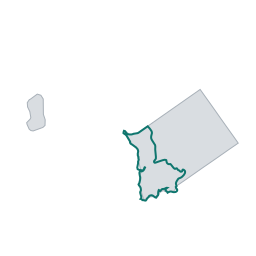 where Litoral sits in Equatorial Guinea, rotated 325°
{"feature_id": "GNQ-1470", "entity_name": "Litoral", "entity_type": "Province", "adm_level": 1, "iso_a3": "GNQ", "parent_name": "Equatorial Guinea", "parent_adm1": "", "projection": "orthographic", "projection_center": [9.856, 1.633], "detail": "fine", "context": "in_parent", "style": "outline", "palette": "teal", "viewbox_px": 256, "rotation_deg": 325, "n_neighbors": 0, "source": "natural_earth", "source_scale": "10m", "svg_char_len": 3672}
<svg xmlns="http://www.w3.org/2000/svg" viewBox="0 0 256 256"><g transform="rotate(325 128 128)"><path d="M209.2,137.8L209.3,150.8L209.4,161.8L209.4,173.8L209.5,186.2L209.6,196.7L209.6,203.6L198.1,203.5L182.8,203.5L167.5,203.4L152.2,203.4L144.5,203.4L136.0,203.3L133.3,203.7L131.4,205.4L129.2,205.8L126.6,204.3L123.4,203.6L122.5,202.1L120.9,199.4L117.8,199.1L116.2,199.4L113.9,200.9L111.4,201.8L111.9,200.5L106.8,197.1L103.2,196.8L99.8,195.7L102.6,186.9L105.9,179.0L111.0,173.1L113.7,171.7L114.6,168.8L118.6,159.1L123.6,151.3L122.0,143.4L123.2,130.1L124.6,130.5L124.9,131.7L125.2,133.6L127.1,135.2L133.3,137.8L151.7,137.8L162.7,137.8L178.9,137.8L196.1,137.8L209.2,137.8ZM63.3,48.2L64.7,48.4L73.1,48.2L75.4,51.2L75.2,55.6L66.5,68.3L64.9,73.7L61.5,78.3L58.6,78.7L48.6,76.0L47.0,74.4L46.4,72.2L47.4,67.1L48.1,65.5L52.9,64.6L54.4,63.7L57.0,58.2L57.8,53.2L60.0,49.5L63.3,48.2Z" fill="#d9dde1" stroke="#a8b0b8" stroke-width="1"/><path d="M123.1,128.0L123.8,128.9L123.8,130.0L123.7,131.2L123.8,132.3L124.5,133.2L125.8,134.4L127.2,135.3L128.2,135.7L129.2,135.9L132.8,137.7L133.9,137.9L141.5,137.9L145.1,137.9L145.5,141.0L145.5,143.7L145.3,144.7L145.0,145.4L144.6,146.0L142.4,147.9L141.9,148.5L141.2,149.5L140.9,150.4L140.7,151.4L140.4,157.5L139.9,158.6L137.9,161.3L134.4,167.5L133.4,168.9L132.6,169.4L131.6,169.7L130.6,170.0L130.1,170.4L129.8,171.1L129.9,171.6L130.1,171.9L130.5,172.1L134.4,173.2L138.0,174.3L139.7,175.0L140.7,175.9L140.9,176.2L140.9,176.4L140.5,177.1L140.0,178.4L139.9,179.1L140.0,179.8L140.4,180.7L140.9,181.2L142.0,181.8L142.2,182.4L142.4,186.1L142.5,187.0L142.8,188.1L143.3,188.5L143.8,188.7L144.4,188.7L144.8,189.0L144.9,189.6L144.9,190.2L144.9,191.0L145.1,191.4L145.4,191.8L145.6,192.3L145.9,193.7L146.2,194.1L146.8,194.4L147.4,194.5L147.8,194.3L148.2,193.9L148.6,193.6L148.9,193.5L149.4,193.8L149.7,194.3L149.9,195.0L150.0,195.7L149.8,196.4L149.3,197.1L148.6,197.7L147.7,198.1L146.8,198.5L144.7,198.9L143.6,199.0L142.8,198.9L142.1,198.8L140.9,198.5L140.4,198.4L139.9,198.5L139.2,198.7L138.9,198.9L137.6,199.4L136.3,200.1L136.0,200.4L135.6,200.7L135.3,201.2L134.8,202.3L134.4,203.5L133.3,203.7L133.0,204.6L133.0,206.2L132.8,207.0L132.2,207.6L131.3,207.8L130.3,207.7L129.3,207.2L128.3,206.5L126.9,204.8L126.0,204.2L125.1,203.9L123.4,203.7L123.5,203.4L123.4,202.4L123.0,201.0L123.1,200.3L123.5,199.9L124.3,199.7L125.1,199.5L125.8,199.5L125.5,199.2L124.8,199.0L124.0,198.8L123.3,198.8L122.7,198.6L121.3,197.8L120.6,197.6L118.3,198.1L117.7,197.9L117.5,197.4L117.7,196.8L118.2,196.3L118.5,196.1L117.5,196.5L116.2,197.6L115.1,198.9L114.7,199.7L114.3,200.1L112.4,200.6L111.0,201.1L110.5,200.5L109.6,197.8L109.2,197.1L108.6,196.5L107.7,196.1L106.6,195.8L105.9,196.0L105.2,196.3L103.4,196.6L101.8,197.4L100.9,197.6L100.4,197.3L99.1,195.8L98.4,195.3L98.5,194.7L98.4,194.3L97.6,193.3L98.5,193.0L99.2,192.3L99.6,191.5L100.6,188.6L101.1,187.6L101.7,187.1L102.6,186.7L103.4,185.6L104.0,184.3L104.2,183.3L104.1,181.1L104.3,180.2L105.9,179.5L108.1,177.5L109.1,176.3L109.2,176.2L109.4,175.9L109.6,175.6L109.9,175.2L110.0,174.6L110.7,173.0L111.6,171.3L112.7,170.4L113.5,170.7L114.2,171.3L115.2,171.7L116.7,171.5L117.8,171.0L118.8,170.4L120.0,169.8L118.9,169.8L116.6,171.4L115.6,171.1L113.2,168.8L112.3,167.3L112.9,165.7L116.2,162.5L116.3,162.3L116.7,161.6L117.0,161.3L118.1,160.5L118.6,160.1L118.8,159.7L119.3,158.6L119.5,158.2L119.8,158.0L120.0,157.6L120.2,156.3L120.4,155.9L120.7,155.6L120.8,155.3L121.1,154.8L123.1,152.8L123.7,150.9L123.5,148.6L121.9,144.0L121.4,142.9L121.2,142.4L121.2,141.8L121.3,141.2L121.5,140.8L121.8,140.6L121.9,140.3L122.4,133.3L122.2,132.0L121.8,131.0L121.3,129.7L122.0,128.8L123.1,128.0Z" fill="none" stroke="#0f766e" stroke-width="2"/></g></svg>